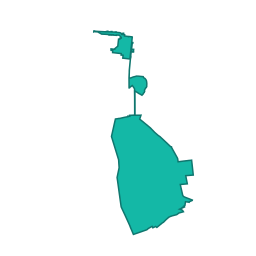 the district of Braila, Braila, Romania, rotated 148°
{"feature_id": "2599482B33603161036297", "entity_name": "Braila", "entity_type": "district", "adm_level": 2, "iso_a3": "ROU", "parent_name": "Romania", "parent_adm1": "Braila", "projection": "orthographic", "projection_center": [27.92, 45.241], "detail": "fine", "context": "isolated", "style": "filled", "palette": "teal", "viewbox_px": 256, "rotation_deg": 148, "n_neighbors": 0, "source": "geoboundaries", "source_scale": "gbopen_adm2", "svg_char_len": 3856}
<svg xmlns="http://www.w3.org/2000/svg" viewBox="0 0 256 256"><g transform="rotate(148 128 128)"><path d="M146.5,129.6L152.8,106.0L156.6,99.0L163.5,91.8L164.9,88.6L172.0,72.8L175.0,66.1L175.6,64.7L176.7,55.8L176.8,55.0L177.7,48.1L178.2,44.4L178.7,41.9L179.0,39.8L179.8,34.9L175.2,33.8L169.9,32.6L165.9,31.7L164.1,32.0L163.6,32.0L159.7,31.8L159.8,30.2L156.8,29.9L156.2,28.4L149.4,29.3L147.7,29.3L144.4,30.1L140.8,30.7L139.3,30.6L137.1,30.1L132.6,28.7L129.8,28.9L125.4,27.6L125.4,28.9L125.5,29.5L126.0,30.4L127.2,31.8L126.6,31.7L125.0,31.6L124.2,31.8L124.3,31.4L122.0,31.1L122.0,32.1L120.9,32.0L118.4,34.9L118.3,35.0L116.0,33.1L115.5,32.6L115.1,32.9L114.5,32.9L111.9,32.5L111.6,32.8L115.9,38.5L117.0,40.1L117.2,40.7L117.3,41.8L114.5,49.9L113.6,52.4L107.3,49.2L104.3,57.0L97.6,53.5L94.3,60.3L91.1,67.0L91.4,67.1L92.8,67.8L93.0,67.9L93.1,68.0L95.3,69.0L98.2,70.4L103.4,72.8L102.4,75.1L102.1,75.8L102.0,76.5L101.4,88.1L101.3,88.3L101.3,88.6L101.2,88.7L101.1,88.8L101.1,89.0L101.3,89.1L101.5,89.2L101.6,89.4L101.7,89.6L102.0,90.6L103.7,97.1L105.2,102.7L105.3,103.2L105.5,103.8L105.7,104.3L106.3,105.6L106.5,106.2L107.7,110.2L108.2,112.6L108.6,114.4L108.9,116.0L109.0,116.0L109.3,117.3L109.5,117.8L109.6,118.1L110.0,119.4L111.4,123.5L111.9,125.1L113.2,128.8L113.4,129.3L110.2,132.0L111.6,132.8L115.3,135.1L107.4,147.8L102.5,155.8L100.4,151.3L99.5,149.8L99.3,149.3L98.8,148.4L98.3,148.6L97.1,148.8L96.3,149.4L95.5,149.5L94.3,150.4L94.0,151.4L92.8,152.0L92.0,152.5L91.8,152.6L91.7,152.5L90.6,152.9L89.9,153.5L89.6,154.1L89.3,154.6L88.8,155.2L88.4,155.9L87.8,157.1L87.4,158.1L87.3,158.4L87.2,159.3L87.2,159.9L87.4,161.1L87.6,161.5L88.0,162.2L87.9,163.5L90.1,165.2L91.9,166.6L92.7,167.1L92.8,167.2L93.3,167.5L94.3,167.8L96.0,168.3L96.3,168.5L98.7,168.9L99.5,169.1L99.8,169.3L99.9,169.6L100.4,170.0L97.4,174.5L96.2,176.3L89.4,185.2L89.0,185.7L88.7,185.9L88.3,186.3L87.8,187.0L87.6,187.2L87.5,187.4L87.4,187.7L86.8,188.6L85.9,189.7L83.8,192.4L83.6,192.3L83.8,192.1L84.0,191.9L84.3,191.6L84.7,190.9L84.3,190.8L84.3,190.7L84.1,190.5L84.0,190.4L84.1,190.2L83.9,190.0L83.4,189.7L83.2,189.6L83.0,189.9L82.8,189.8L82.7,190.1L82.6,190.3L81.5,191.7L83.3,193.0L82.8,193.5L81.4,195.2L80.0,197.0L79.8,197.2L79.6,197.3L79.3,197.3L79.0,197.4L78.8,197.5L78.7,197.6L78.6,197.8L78.6,198.0L78.9,198.2L79.1,198.5L80.0,197.2L80.7,196.3L81.9,194.9L83.4,193.1L83.7,193.3L82.4,194.9L81.2,196.4L78.0,200.5L77.1,201.7L76.2,202.8L76.2,203.1L78.8,205.2L79.0,205.1L79.3,205.2L79.3,205.5L82.2,207.9L81.6,208.6L81.4,208.9L82.1,209.4L81.5,210.7L82.6,211.2L83.2,210.2L83.8,210.6L83.7,211.0L83.7,211.4L83.7,211.7L83.8,212.0L83.8,212.3L84.0,212.6L84.4,213.2L87.4,215.5L87.2,215.8L87.7,216.1L87.8,215.9L90.7,217.9L90.5,218.3L91.1,218.7L91.3,218.4L94.1,220.3L93.8,220.7L94.4,221.1L94.7,220.7L95.7,221.4L95.8,221.3L102.1,225.7L105.0,227.8L104.9,228.0L105.3,228.3L105.6,228.4L106.0,227.8L105.9,227.8L102.8,225.6L100.6,221.6L97.3,219.3L94.5,217.2L94.8,216.9L94.2,216.5L94.0,216.9L92.9,216.1L93.1,215.8L92.6,215.4L92.3,215.7L91.1,214.9L91.3,214.6L88.7,212.7L88.5,213.0L86.2,211.3L85.7,208.3L86.2,207.8L87.2,208.5L87.9,207.7L88.9,208.4L93.3,202.8L97.1,202.3L97.5,201.8L100.5,204.1L100.7,203.8L100.6,203.7L101.2,202.8L99.9,201.8L101.1,200.1L94.3,194.7L95.2,193.5L93.6,192.3L95.4,190.0L89.8,185.5L88.5,187.2L88.3,187.3L88.2,187.4L88.0,187.8L86.5,189.7L85.9,190.5L84.1,192.7L83.9,192.5L84.9,191.2L86.4,189.2L87.4,187.9L89.4,185.3L96.3,176.3L97.4,174.6L100.5,170.1L105.8,161.5L105.5,161.3L105.1,161.9L105.0,162.0L104.4,161.5L101.9,161.8L101.8,161.1L101.7,159.5L101.7,158.6L101.7,158.0L101.8,157.5L102.7,156.2L106.0,150.7L115.5,135.4L117.1,136.3L117.1,136.2L119.9,137.9L120.3,137.0L121.2,137.7L121.8,138.1L122.0,137.6L123.7,138.3L125.8,139.1L129.3,140.3L129.6,140.4L130.4,140.8L130.4,140.7L131.6,141.3L133.9,142.3L136.9,139.3L145.1,131.0L146.5,129.6Z" fill="#14b8a6" stroke="#0f766e" stroke-width="1.5"/></g></svg>